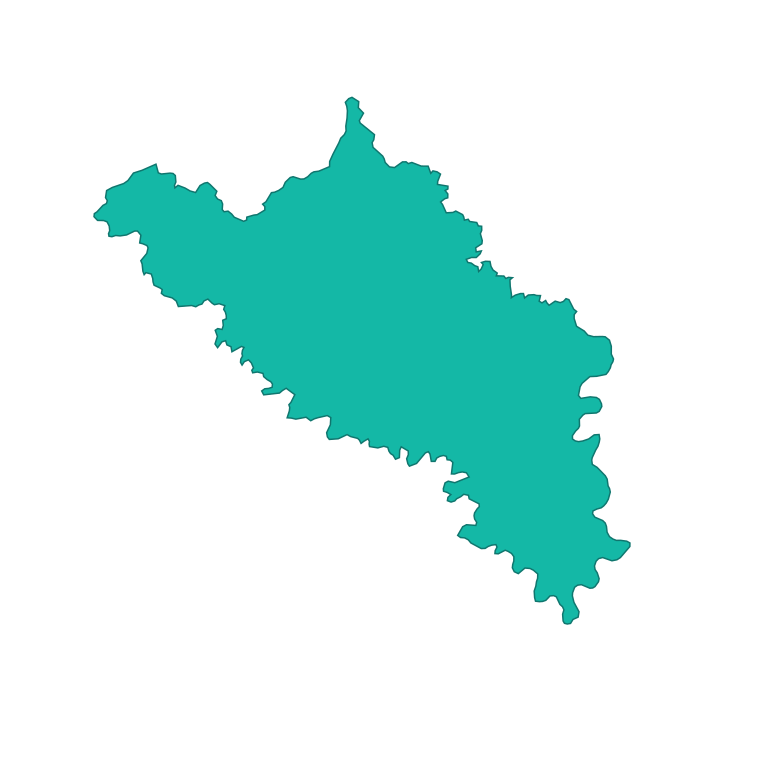 outline of Cruz Machado, Paraná, Brazil, rotated 253°
{"feature_id": "56859067B73120283619986", "entity_name": "Cruz Machado", "entity_type": "district", "adm_level": 2, "iso_a3": "BRA", "parent_name": "Brazil", "parent_adm1": "Paraná", "projection": "natural_earth1", "projection_center": [-51.253, -25.895], "detail": "fine", "context": "isolated", "style": "filled", "palette": "teal", "viewbox_px": 768, "rotation_deg": 253, "n_neighbors": 0, "source": "geoboundaries", "source_scale": "gbopen_adm2", "svg_char_len": 6171}
<svg xmlns="http://www.w3.org/2000/svg" viewBox="0 0 768 768"><g transform="rotate(253 384 384)"><path d="M397.0,589.4L400.1,587.3L410.6,585.5L412.4,583.0L410.5,579.7L410.3,576.3L413.2,571.9L411.0,564.9L414.0,563.5L416.6,563.0L415.4,558.8L417.8,556.6L422.8,559.5L424.0,555.9L425.6,553.5L426.9,548.0L425.2,543.6L429.7,543.8L430.6,541.0L430.6,535.5L429.3,531.0L431.5,531.9L440.6,533.3L446.8,534.9L448.1,537.9L449.6,534.2L449.3,531.3L452.2,530.2L454.6,523.0L457.0,524.7L461.1,521.6L465.2,520.7L470.2,521.2L471.7,516.9L471.7,512.7L469.2,513.8L465.5,510.5L463.9,507.4L468.7,508.0L470.6,505.4L474.1,502.8L475.7,499.7L479.2,499.1L479.4,504.7L478.0,509.2L480.4,514.0L482.8,516.0L483.4,510.8L487.5,511.5L489.5,518.6L492.4,519.9L499.6,520.1L502.4,522.4L506.3,523.5L507.6,520.4L511.3,519.9L514.4,513.4L516.9,512.7L517.2,508.8L520.6,509.1L523.0,508.7L528.4,503.2L527.9,500.1L529.5,493.6L538.8,492.4L541.5,491.3L543.4,496.2L543.4,499.4L547.1,500.6L551.2,499.0L551.8,502.1L554.5,503.0L559.2,493.5L562.1,494.6L568.2,499.4L571.4,496.8L573.5,493.1L571.8,490.3L579.4,489.9L581.5,483.3L587.7,475.4L587.7,471.6L590.0,470.1L591.0,466.6L587.9,457.4L590.0,452.7L595.5,449.9L599.2,450.0L602.3,449.4L613.5,442.7L618.3,443.2L620.5,445.6L625.2,447.8L640.5,437.5L643.1,437.4L649.0,443.6L655.7,440.2L661.4,442.4L667.5,437.2L667.2,433.7L664.7,429.4L660.4,429.6L656.0,428.9L649.1,426.4L641.8,422.9L637.0,421.7L634.1,419.0L631.7,414.5L627.9,411.4L618.7,402.4L612.7,397.1L607.8,395.5L606.6,383.9L607.4,379.0L606.8,376.0L604.5,371.7L603.5,367.5L604.3,364.2L608.8,357.7L608.9,354.7L605.8,348.6L601.5,344.9L599.9,339.9L599.4,335.4L599.9,332.3L592.8,324.4L591.5,320.5L588.5,321.9L585.2,320.9L583.0,312.2L583.6,308.9L583.7,301.6L581.0,300.6L580.6,297.4L587.2,289.6L591.1,288.0L594.9,285.4L595.5,281.4L598.1,280.3L603.3,282.3L606.9,282.0L609.6,278.9L613.6,277.6L617.2,280.5L625.8,275.9L628.3,274.1L628.6,271.0L627.6,266.1L622.2,259.8L625.3,255.0L629.6,251.0L634.2,245.1L632.7,241.4L635.2,241.7L638.0,244.0L644.4,245.4L647.0,243.8L648.2,241.1L649.9,232.5L651.9,229.9L660.9,230.2L659.1,215.0L659.0,206.1L653.4,198.6L651.8,193.7L651.4,181.7L650.1,175.3L643.7,172.2L640.2,173.0L637.7,171.3L637.0,167.5L632.5,159.8L631.6,156.8L628.8,155.6L624.2,157.9L622.3,163.7L620.0,166.6L615.4,167.4L610.8,166.5L608.3,164.5L605.7,164.2L604.4,166.9L604.5,170.8L602.8,174.9L601.8,181.4L603.2,190.3L602.3,193.0L597.4,195.0L590.3,191.6L588.6,194.4L585.7,197.8L583.2,198.2L578.2,195.3L573.0,187.5L569.6,187.8L562.3,186.4L558.7,186.6L560.1,188.9L557.2,193.6L552.6,193.7L549.2,193.0L545.7,193.0L541.3,197.9L539.2,199.5L535.8,197.6L532.7,199.7L528.2,206.7L524.0,209.6L518.2,210.0L515.3,223.0L512.9,226.6L513.7,230.0L513.7,233.3L516.1,236.2L516.7,240.4L511.6,243.2L509.4,245.0L509.0,249.8L505.5,254.7L502.2,252.5L499.3,253.3L495.8,253.2L492.5,252.3L492.1,248.4L486.9,247.4L483.5,245.1L485.6,241.2L484.7,238.3L478.3,238.6L471.7,234.1L467.4,235.5L471.7,241.4L471.7,245.2L467.3,245.2L464.4,248.6L459.3,248.0L461.6,258.6L459.9,260.8L457.6,258.5L454.5,257.0L452.1,256.9L449.6,254.3L446.7,253.1L443.6,253.8L446.2,257.0L446.7,261.5L443.0,263.3L437.5,263.9L435.8,261.6L433.1,261.7L432.5,266.4L429.5,271.4L426.2,271.1L422.3,273.6L419.3,276.4L416.6,277.3L413.6,276.1L413.5,272.4L414.3,268.6L413.1,265.0L408.8,265.8L405.9,281.4L407.5,285.1L408.5,289.2L399.9,295.6L393.6,289.6L392.0,287.0L389.1,287.0L385.9,285.6L380.0,281.5L378.5,285.4L376.2,289.4L375.0,299.8L370.3,303.2L371.1,307.2L371.1,311.1L370.4,320.5L367.5,323.3L360.7,320.8L354.2,314.9L350.0,314.4L347.0,315.5L345.0,324.2L346.4,333.9L343.5,336.7L339.7,342.9L337.5,344.1L333.9,344.7L335.2,348.3L336.2,352.7L333.4,353.3L330.9,352.2L328.4,351.9L324.7,359.4L324.5,365.6L322.3,369.1L318.3,369.1L315.6,369.9L313.2,371.9L308.7,373.0L309.1,377.2L316.2,379.7L318.9,382.1L312.9,387.6L309.3,386.6L305.9,383.8L300.7,383.5L298.0,384.3L298.5,391.9L306.0,403.4L306.3,406.6L303.5,407.5L296.2,406.6L295.1,410.2L297.8,412.8L298.5,416.1L298.3,419.9L296.6,422.5L293.1,422.2L291.8,425.2L288.9,426.9L278.3,422.2L277.3,425.2L277.5,429.3L277.0,433.2L275.0,436.9L270.2,438.2L268.9,422.9L272.3,417.0L271.6,413.5L266.5,410.1L264.0,409.6L261.8,412.8L258.7,415.6L256.9,412.0L253.9,410.5L251.5,413.6L251.5,417.5L253.0,419.9L253.8,424.4L255.2,428.0L252.9,432.2L249.3,431.9L241.6,439.9L238.9,439.3L237.3,436.5L234.2,432.9L231.7,431.6L228.4,431.2L224.6,432.2L221.9,430.5L225.3,421.7L224.5,417.5L217.7,410.2L214.8,412.3L213.3,416.1L210.3,419.1L206.6,420.6L198.2,428.9L197.2,432.7L198.2,436.1L198.4,439.9L197.7,444.1L195.0,444.4L192.1,441.6L189.4,440.5L188.2,443.6L189.6,451.3L187.8,453.6L184.7,456.4L180.9,457.7L176.8,456.4L173.7,454.3L170.7,453.0L166.4,453.7L163.4,457.0L166.8,465.0L164.9,469.7L162.2,472.5L157.4,475.5L153.3,474.1L150.3,472.0L146.3,470.1L142.1,467.1L135.8,465.6L132.0,465.4L130.4,469.0L129.7,472.1L129.8,475.5L132.8,480.8L132.0,484.4L130.1,486.6L121.8,487.8L118.8,489.6L115.4,490.0L111.6,487.5L105.0,486.0L102.4,486.6L100.9,489.1L100.5,492.4L103.6,495.9L104.3,501.5L109.2,503.9L119.7,501.8L126.3,502.2L129.2,503.3L133.9,506.9L135.0,510.3L134.4,514.1L128.5,521.2L127.9,524.0L128.6,526.6L132.2,531.3L134.9,532.8L141.1,532.7L144.9,531.6L148.5,532.1L152.5,535.0L154.3,538.2L154.1,542.4L148.3,550.3L147.8,555.4L148.9,559.3L156.7,571.6L160.1,572.7L162.7,570.2L165.3,564.6L166.5,560.5L168.8,557.6L172.1,555.0L177.0,554.0L182.8,555.1L186.4,554.9L189.5,553.2L195.0,546.7L198.9,545.5L201.5,546.7L202.2,550.9L202.1,555.6L203.2,558.5L205.1,561.6L208.3,564.9L214.5,568.8L218.0,569.1L221.0,568.5L227.8,569.6L231.5,568.8L242.0,563.4L246.2,559.7L250.5,560.4L252.7,561.6L258.9,567.1L261.9,570.4L265.6,572.9L268.4,574.3L272.8,574.9L273.9,570.1L271.6,563.7L271.4,557.3L272.0,553.2L273.6,550.3L276.3,548.2L279.5,549.1L283.0,553.5L284.8,557.0L286.7,558.7L293.2,560.5L296.1,565.1L296.9,567.7L294.2,578.6L294.9,581.8L298.8,585.7L301.5,586.2L306.3,585.5L309.0,583.2L311.4,577.5L312.7,568.0L316.2,566.6L324.0,570.7L326.7,573.6L330.9,583.0L329.2,589.6L328.3,599.1L330.3,602.1L333.3,605.2L336.0,606.8L338.4,609.4L340.8,610.8L346.1,610.1L353.6,612.4L360.0,612.4L364.5,609.3L365.6,606.6L368.0,598.2L371.1,593.2L376.1,591.0L382.9,585.0L391.1,585.0L394.8,586.2L397.0,589.4Z" fill="#14b8a6" stroke="#0f766e" stroke-width="1.5"/></g></svg>